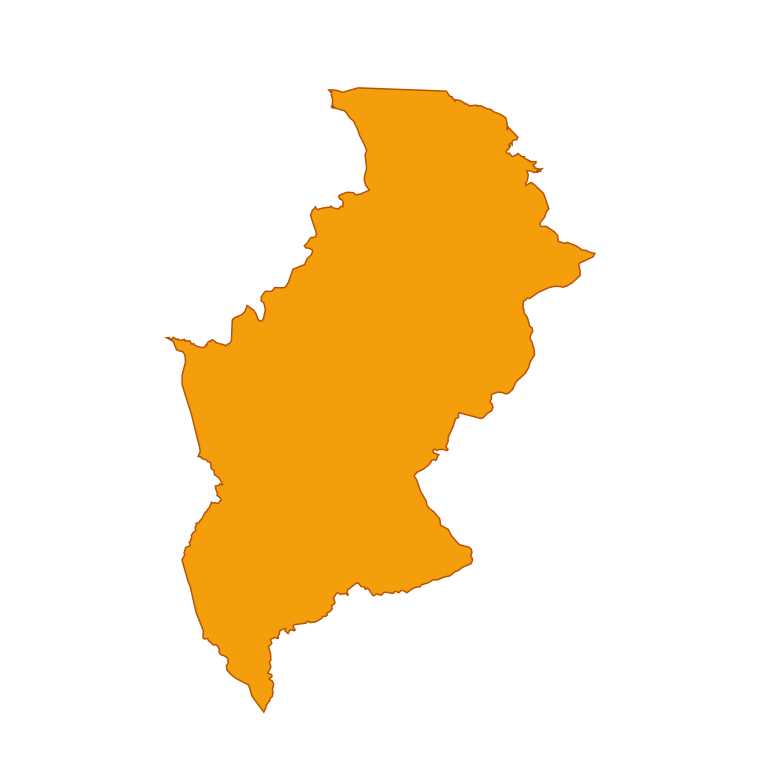 Lubero, Nord-Kivu, Democratic Republic of the Congo, rotated 259°
{"feature_id": "63176286B45916106821058", "entity_name": "Lubero", "entity_type": "district", "adm_level": 2, "iso_a3": "COD", "parent_name": "Democratic Republic of the Congo", "parent_adm1": "Nord-Kivu", "projection": "orthographic", "projection_center": [28.988, -0.062], "detail": "fine", "context": "isolated", "style": "filled", "palette": "amber", "viewbox_px": 768, "rotation_deg": 259, "n_neighbors": 0, "source": "geoboundaries", "source_scale": "gbopen_adm2", "svg_char_len": 6153}
<svg xmlns="http://www.w3.org/2000/svg" viewBox="0 0 768 768"><g transform="rotate(259 384 384)"><path d="M191.1,435.2L193.7,437.0L195.8,437.4L198.7,436.3L202.2,438.3L205.4,438.0L207.7,436.1L211.4,428.3L213.2,426.5L221.9,421.4L229.2,419.2L234.5,412.6L240.9,413.0L249.5,408.2L253.2,404.6L257.1,402.9L261.0,403.1L271.8,399.4L283.9,397.8L287.0,396.3L288.4,396.3L291.2,400.0L292.8,406.2L295.9,412.3L299.0,415.8L299.9,416.0L300.4,418.6L299.1,420.0L299.8,421.2L302.7,422.6L304.1,424.3L306.8,419.5L309.7,419.4L310.3,421.4L308.7,423.2L309.2,425.8L308.5,429.7L306.6,433.0L307.6,434.4L310.5,432.7L315.8,436.1L319.4,436.8L329.2,443.8L336.1,447.5L337.1,451.0L339.0,450.8L341.4,452.4L331.7,472.4L332.0,475.0L335.7,480.4L337.0,484.3L340.1,486.4L343.0,486.4L345.7,485.1L347.2,485.1L349.1,486.8L352.4,487.1L353.4,488.5L354.3,494.1L353.1,498.4L351.1,501.5L351.2,504.4L354.2,509.3L361.0,514.0L367.7,525.0L372.4,528.9L377.9,531.8L383.9,537.4L391.3,538.0L393.0,537.3L396.1,537.5L400.9,536.0L404.1,537.2L407.0,540.0L411.0,540.0L412.9,538.1L421.6,537.5L427.2,535.1L430.3,535.5L433.2,535.0L438.9,536.9L439.4,539.1L441.0,540.9L440.1,543.2L444.6,553.2L447.1,564.0L447.3,570.5L445.9,576.2L444.9,577.8L445.3,582.0L447.7,588.4L453.1,597.2L457.6,598.1L463.8,597.8L465.5,599.5L469.0,613.6L472.0,615.9L473.5,612.1L476.4,608.1L477.9,603.9L482.7,599.2L488.0,591.1L487.6,588.8L488.2,587.0L490.9,582.2L496.7,582.8L501.1,580.1L507.8,573.3L508.6,568.5L509.8,567.6L512.7,568.2L516.9,573.3L522.2,576.3L524.6,579.3L540.7,576.9L551.2,569.5L553.8,566.8L552.0,561.4L554.2,561.4L556.3,563.5L561.5,565.5L566.2,564.8L565.0,569.0L563.0,571.5L562.6,575.6L563.0,576.1L564.1,574.0L564.1,576.0L565.1,576.2L564.4,577.4L563.3,576.6L562.8,578.3L564.1,578.6L565.1,580.1L565.2,578.0L567.3,573.1L568.3,573.4L570.9,572.0L571.7,575.1L573.3,575.7L574.3,569.9L575.3,569.8L575.6,568.2L576.3,568.3L578.9,564.9L580.3,565.2L580.7,563.0L584.8,559.4L583.7,557.8L582.8,553.2L586.9,550.9L586.5,549.4L587.7,548.1L590.3,549.1L590.3,550.4L593.4,553.5L593.8,553.5L593.8,552.1L595.7,552.8L596.0,554.4L594.4,555.4L597.4,555.9L598.7,557.9L598.4,560.7L600.7,562.5L612.4,554.9L609.4,553.2L615.0,554.4L621.0,554.5L622.5,553.9L626.4,550.0L630.3,543.6L633.0,541.5L634.8,537.3L638.4,532.4L639.0,530.6L638.7,528.0L639.2,529.5L640.1,527.6L640.7,520.9L643.0,519.0L643.1,517.3L643.9,517.2L647.9,512.6L649.5,508.0L648.3,507.5L650.5,506.7L651.7,505.4L652.8,505.8L654.1,503.4L659.6,501.0L679.6,415.2L678.3,398.7L680.6,395.2L682.9,388.5L683.2,385.8L680.2,387.6L681.6,388.8L677.7,387.4L673.0,387.8L670.6,387.3L667.2,386.2L666.1,385.2L664.5,386.7L667.1,387.1L664.5,388.1L659.9,396.9L657.7,398.7L651.8,401.1L648.1,404.3L637.5,407.0L632.8,407.4L623.2,410.3L616.4,411.6L612.8,409.2L598.9,408.1L591.8,404.6L587.9,403.6L582.6,404.0L577.1,406.6L575.1,397.7L574.9,393.4L575.5,392.0L577.7,390.4L579.3,384.1L577.9,376.5L576.8,375.4L575.4,375.4L574.0,376.0L573.3,377.6L569.6,378.8L568.4,377.8L566.0,377.6L566.7,375.6L564.6,372.7L566.5,367.7L568.7,365.8L567.9,365.0L568.4,358.1L568.0,351.8L568.7,351.1L571.0,350.6L568.0,346.8L563.6,344.0L544.4,346.5L541.9,344.9L541.2,342.9L541.7,340.7L541.2,339.5L537.0,335.4L534.8,332.1L532.4,333.3L531.9,335.6L529.6,339.1L527.6,339.0L524.6,337.3L521.8,332.5L516.4,328.9L514.1,316.6L502.6,309.9L498.2,306.2L497.6,303.7L499.5,295.1L496.9,292.3L496.5,290.1L497.6,286.1L497.2,284.5L492.9,280.1L489.2,279.3L486.4,281.5L479.7,281.8L471.5,278.3L469.5,276.7L469.2,274.8L471.1,272.7L476.9,271.9L480.9,270.4L487.2,264.6L481.6,261.2L479.2,257.8L477.4,249.5L475.8,247.3L455.3,242.4L453.0,239.8L453.0,238.1L451.6,235.9L452.9,234.7L456.4,227.3L459.3,225.3L460.2,223.6L458.9,222.3L459.5,221.2L458.4,218.7L456.0,217.5L456.2,216.3L454.7,216.1L454.5,212.3L456.6,207.7L458.8,205.1L460.2,204.6L459.7,203.4L460.2,202.5L463.0,201.9L463.7,201.0L463.3,199.5L464.4,198.5L464.1,197.0L466.1,196.4L465.6,194.4L466.2,191.4L467.6,190.4L466.8,189.5L470.0,186.1L468.3,183.9L470.6,181.9L470.9,179.5L466.0,185.2L457.1,186.9L453.6,193.1L449.3,194.1L443.4,193.3L431.2,187.5L421.7,185.7L392.0,189.1L357.3,190.9L352.6,190.7L348.3,187.7L347.4,190.4L346.3,190.4L344.4,192.8L344.1,194.6L341.7,195.9L340.9,197.8L339.6,198.8L334.7,198.2L333.2,198.7L331.4,200.8L327.5,200.2L323.2,204.1L316.2,206.5L315.8,205.9L317.4,203.7L316.0,202.6L316.1,199.0L312.8,198.8L308.2,199.6L306.5,198.8L303.2,201.7L301.6,202.1L298.7,198.9L298.9,196.7L299.8,195.6L299.4,194.3L300.9,192.1L295.7,188.8L294.0,186.2L292.4,185.9L292.4,184.1L286.9,179.9L283.3,175.5L283.0,172.9L281.9,173.3L279.4,171.3L276.0,171.2L274.5,168.2L272.0,166.0L269.8,165.9L268.3,164.4L266.7,164.3L266.1,162.6L262.2,163.1L261.4,158.2L256.1,155.4L254.2,155.7L249.9,152.1L225.9,154.2L222.7,155.1L195.4,156.0L176.2,159.6L169.4,157.9L168.1,158.7L167.7,162.4L165.7,162.7L160.6,166.4L159.9,169.9L155.3,171.9L152.4,170.9L149.6,171.9L147.6,175.4L144.8,178.1L139.7,177.9L137.5,175.5L133.2,175.3L128.9,177.7L123.3,182.5L114.3,193.7L102.7,194.9L84.8,203.4L89.0,206.4L91.0,207.0L95.0,211.4L97.2,212.4L98.4,214.6L102.4,216.2L105.3,216.1L110.6,218.5L113.9,217.6L115.8,215.3L116.7,215.1L117.9,217.9L119.6,218.5L121.0,217.2L121.7,215.0L122.8,215.0L127.0,218.5L128.9,219.0L132.7,218.3L134.6,220.3L141.6,221.2L148.1,220.4L150.8,224.4L155.0,223.7L156.0,228.5L154.4,231.2L154.8,231.9L156.8,231.8L158.1,233.3L161.5,234.5L162.9,239.1L162.7,240.7L160.7,239.7L157.4,242.2L160.3,244.6L160.5,245.9L158.9,248.8L159.7,249.9L162.2,248.7L164.1,249.0L164.9,250.2L164.1,261.4L165.8,263.8L163.9,266.1L163.5,271.3L165.8,278.1L167.5,279.5L167.1,282.7L168.1,284.2L170.1,284.1L170.5,286.3L172.3,289.5L173.4,290.3L176.4,290.2L177.9,293.8L179.8,294.2L183.5,293.6L187.8,297.7L187.7,299.1L185.9,300.9L185.6,306.3L183.6,308.0L184.0,308.6L186.9,308.0L188.8,309.0L193.9,319.0L193.3,320.9L189.5,322.9L188.6,326.1L186.6,326.2L185.8,327.0L186.8,328.6L185.9,329.7L178.7,332.6L178.1,333.6L179.4,336.4L177.2,340.9L179.2,344.0L179.4,345.8L176.9,352.3L176.9,353.5L178.2,354.9L178.1,356.4L176.5,358.2L176.5,359.3L178.1,361.2L177.6,363.6L174.7,366.6L177.7,372.9L178.5,377.0L178.0,380.5L179.7,382.4L180.5,389.5L182.4,395.1L181.5,398.9L183.0,405.8L183.1,412.0L185.8,417.0L186.9,421.8L189.0,425.7L191.1,435.2Z" fill="#f59e0b" stroke="#b45309" stroke-width="1.5"/></g></svg>